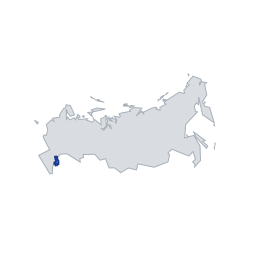 Astrakhan' on a map of Russia (Albers equal-area conic projection), rotated 29°
{"feature_id": "RUS-2388", "entity_name": "Astrakhan'", "entity_type": "Region", "adm_level": 1, "iso_a3": "RUS", "parent_name": "Russia", "parent_adm1": "", "projection": "albers", "projection_center": [47.293, 47.158], "detail": "fine", "context": "in_parent", "style": "filled", "palette": "blue", "viewbox_px": 256, "rotation_deg": 29, "n_neighbors": 0, "source": "natural_earth", "source_scale": "10m", "svg_char_len": 5303}
<svg xmlns="http://www.w3.org/2000/svg" viewBox="0 0 256 256"><g transform="rotate(29 128 128)"><path d="M207.2,121.3L205.1,129.7L204.4,127.6L201.0,126.3L202.1,122.7L196.4,117.0L194.8,123.0L176.6,125.3L175.1,130.7L177.3,131.1L179.4,138.2L169.9,149.6L154.1,154.5L155.7,160.6L147.7,162.8L143.3,170.6L135.4,169.4L130.9,172.1L123.1,165.7L119.2,169.7L111.7,167.1L101.7,172.9L103.4,175.1L100.8,178.2L102.7,181.0L86.9,180.2L81.7,183.6L80.5,188.4L84.8,193.6L80.5,197.9L83.9,204.5L81.9,206.0L63.1,195.2L70.0,185.0L58.2,177.1L57.9,174.7L60.2,174.2L58.7,168.5L54.9,164.5L57.2,157.8L59.9,158.0L57.3,156.0L63.0,151.6L61.7,149.3L62.3,142.1L63.6,140.7L62.6,137.7L66.6,136.3L74.9,142.3L72.1,145.7L67.8,144.0L66.4,142.6L65.3,142.2L70.2,150.7L69.9,147.5L73.0,149.2L76.1,145.1L78.0,146.3L77.5,140.4L80.1,140.9L80.9,142.3L79.0,143.2L80.7,144.6L88.1,139.5L87.6,141.2L94.2,140.2L94.9,136.8L103.0,138.3L99.7,133.2L103.1,128.4L104.3,128.4L104.3,131.1L107.9,136.4L107.1,140.9L104.5,141.4L107.9,141.6L109.1,135.1L110.2,134.4L111.9,136.6L113.7,136.3L111.4,134.1L107.6,134.9L107.1,132.0L105.4,130.7L106.0,127.6L107.9,130.2L110.4,129.9L111.0,129.6L107.7,128.9L109.4,127.1L113.8,126.6L114.0,129.1L115.3,129.6L114.2,126.5L110.2,124.3L115.5,122.6L115.5,121.1L113.4,120.4L113.8,119.1L122.0,112.3L120.8,111.7L122.7,107.5L130.5,103.9L129.4,113.5L131.0,108.6L132.8,106.9L134.4,108.2L134.8,108.3L135.0,108.1L133.9,106.6L139.2,99.1L142.4,96.2L144.2,97.1L142.9,98.0L147.4,97.0L146.0,94.5L149.7,88.7L147.8,88.7L147.4,86.9L155.4,71.9L160.7,70.4L158.5,67.8L160.6,60.6L157.9,60.6L159.7,51.1L168.3,50.0L169.5,51.5L168.6,53.4L169.7,56.0L170.1,51.8L174.7,50.2L173.9,52.8L180.8,60.7L180.4,69.1L184.8,71.8L189.4,70.4L200.9,81.6L186.9,80.3L174.7,66.6L178.5,73.4L175.6,72.8L175.5,76.8L179.1,81.0L180.9,80.2L176.7,96.7L182.3,109.2L189.2,102.5L199.6,108.7L207.2,121.3ZM99.0,122.4L89.9,130.5L87.2,129.9L91.2,125.6L99.0,122.4ZM187.4,99.6L201.7,101.5L199.6,103.5L206.4,105.1L206.5,107.8L191.7,103.0L187.4,99.6ZM85.4,133.9L89.7,130.7L88.9,133.3L91.4,135.5L85.4,133.9ZM141.8,88.3L142.0,84.2L144.1,81.5L141.8,88.3ZM115.0,109.0L119.0,108.1L114.3,110.5L115.0,109.0ZM113.3,108.6L116.3,107.1L112.7,110.1L113.3,108.6ZM119.6,106.8L122.6,105.8L119.5,109.5L119.6,106.8ZM144.8,81.1L145.0,79.1L146.0,77.3L144.8,81.1ZM42.5,166.6L47.0,166.7L46.7,168.4L42.5,166.6ZM82.9,119.0L84.8,118.6L81.0,119.3L82.9,119.0ZM145.7,86.0L147.6,84.4L146.0,87.5L145.7,86.0ZM84.5,139.4L83.2,140.3L82.5,139.7L83.2,138.7L84.5,139.4ZM86.5,118.4L88.2,117.9L89.2,118.1L86.5,118.4ZM92.4,117.5L91.7,118.2L90.4,118.2L90.6,117.8L92.4,117.5ZM94.1,117.3L92.7,117.5L94.7,116.9L94.1,117.3ZM92.9,135.9L93.8,137.3L92.4,136.3L92.9,135.9ZM114.5,109.7L113.6,110.7L112.7,110.7L114.5,109.7ZM87.5,117.6L89.7,117.2L88.9,117.7L87.5,117.6ZM155.5,51.6L155.4,52.9L154.4,51.7L155.5,51.6ZM81.2,118.6L82.5,118.8L79.8,118.8L81.2,118.6ZM103.0,127.9L101.6,128.5L103.0,127.8L103.0,127.9ZM131.3,106.7L132.4,106.8L131.3,107.3L131.3,106.7ZM158.4,61.7L158.8,62.7L158.5,63.3L158.4,61.7ZM89.8,118.6L88.7,118.6L90.4,118.5L89.8,118.6ZM89.4,117.6L90.1,117.9L88.8,117.8L89.4,117.6ZM211.0,98.7L211.8,99.5L212.7,101.1L211.0,98.7ZM88.0,118.8L88.8,119.1L87.8,119.2L88.0,118.8ZM109.2,127.0L108.3,127.8L108.1,127.8L109.2,127.0ZM183.2,68.1L182.8,69.2L182.4,68.1L183.2,68.1ZM145.0,85.8L145.4,86.5L144.8,86.6L145.0,85.8ZM182.9,105.8L184.1,106.1L183.6,106.6L182.9,105.8ZM201.2,82.7L202.7,84.1L202.1,84.3L201.2,82.7ZM86.4,119.1L85.5,119.3L85.2,119.2L86.4,119.1ZM109.4,125.6L109.4,126.4L109.2,126.3L109.4,125.6ZM141.1,88.6L141.2,89.4L140.5,88.8L141.1,88.6ZM213.2,103.9L212.5,101.7L213.5,104.1L213.2,103.9Z" fill="#d9dde1" stroke="#a8b0b8" stroke-width="1"/><path d="M80.4,187.8L80.2,188.4L81.0,188.7L81.2,188.8L81.2,189.0L81.3,189.2L81.4,189.3L81.1,189.5L81.3,189.7L81.3,189.8L81.2,189.9L81.3,189.9L81.3,190.0L81.6,190.2L81.7,189.9L81.8,189.8L82.1,190.0L82.8,190.0L83.0,190.1L83.3,190.7L83.4,190.8L83.5,190.8L83.9,191.6L84.4,192.4L84.3,192.5L84.0,192.6L83.9,192.5L83.7,192.4L83.6,192.5L83.6,192.8L83.7,193.0L83.8,193.0L84.0,193.0L84.3,193.2L84.5,193.3L84.8,193.5L84.7,193.6L84.6,193.8L84.4,193.9L84.3,194.0L84.2,193.9L84.2,194.0L83.9,194.0L84.0,194.3L83.9,194.3L84.0,194.4L84.0,194.5L84.0,194.8L83.9,194.7L83.7,194.4L83.6,194.5L83.4,194.7L83.2,194.7L83.2,194.8L83.1,195.0L82.9,195.0L82.9,194.9L82.8,195.0L82.7,195.1L82.5,195.3L82.4,195.3L82.4,195.2L82.2,195.1L82.1,194.9L82.0,195.0L82.1,195.3L81.9,195.2L81.7,195.0L81.8,195.1L82.0,195.3L81.9,195.5L81.9,195.4L81.8,195.2L81.7,195.2L81.3,195.3L80.9,195.4L80.9,195.2L81.1,194.4L81.3,194.1L81.2,194.1L80.7,194.2L80.8,193.9L80.8,193.7L80.2,193.7L80.3,193.4L80.5,193.3L80.9,193.3L81.0,193.2L80.9,193.1L80.9,192.9L81.0,192.8L81.3,192.7L81.3,192.3L81.2,192.3L81.2,192.2L81.1,192.3L81.0,192.2L80.9,192.0L80.9,191.9L80.7,191.9L80.6,191.7L80.5,191.4L80.4,191.2L80.2,190.9L80.7,190.5L80.6,190.4L80.4,190.4L80.1,190.7L80.0,190.8L79.9,190.8L79.6,190.6L79.3,190.4L79.2,190.1L79.0,189.9L78.9,189.7L79.0,189.4L78.9,189.3L78.7,189.4L78.4,189.2L78.2,189.1L78.0,188.9L77.8,188.7L77.7,188.7L77.8,188.7L77.8,188.4L78.0,188.3L78.1,188.2L78.3,188.3L78.4,188.2L78.2,188.2L78.3,188.0L78.5,188.0L78.8,187.9L79.0,187.8L79.2,187.6L79.3,187.5L79.3,187.4L79.5,187.3L79.9,187.4L80.0,187.4L80.2,187.6L80.4,187.8ZM82.7,195.5L82.6,195.4L82.6,195.2L82.7,195.3L82.7,195.5Z" fill="#3b82f6" stroke="#1e3a8a" stroke-width="1.5"/></g></svg>